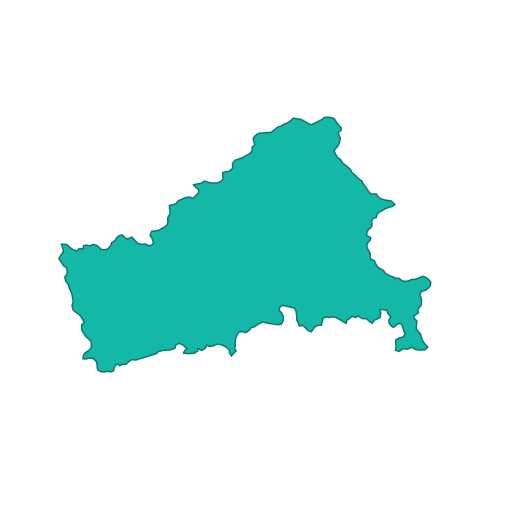 outline of Divinópolis, Minas Gerais, Brazil, rotated 106°
{"feature_id": "56859067B25101744312277", "entity_name": "Divinópolis", "entity_type": "district", "adm_level": 2, "iso_a3": "BRA", "parent_name": "Brazil", "parent_adm1": "Minas Gerais", "projection": "natural_earth1", "projection_center": [-44.923, -20.113], "detail": "fine", "context": "isolated", "style": "filled", "palette": "teal", "viewbox_px": 512, "rotation_deg": 106, "n_neighbors": 0, "source": "geoboundaries", "source_scale": "gbopen_adm2", "svg_char_len": 4899}
<svg xmlns="http://www.w3.org/2000/svg" viewBox="0 0 512 512"><g transform="rotate(106 256 256)"><path d="M319.4,233.5L317.6,231.3L317.4,227.4L317.0,223.5L316.5,219.9L316.0,216.1L314.6,213.0L310.7,212.0L308.0,212.6L305.6,213.9L303.6,215.7L301.8,218.7L298.7,219.0L296.1,217.1L295.9,212.4L295.6,208.4L295.5,204.7L298.0,202.3L302.1,200.5L306.5,199.0L309.1,196.6L311.5,194.9L309.7,192.0L311.4,188.7L313.2,185.7L313.6,181.9L311.0,181.1L308.4,180.2L305.6,177.6L304.5,174.0L300.8,174.3L297.4,174.2L295.5,172.6L295.1,169.1L293.7,166.2L293.0,162.9L293.6,159.6L294.3,156.8L295.2,153.9L295.8,150.7L292.5,151.0L290.3,148.8L287.3,147.0L287.8,143.5L285.5,141.3L286.9,136.7L285.9,132.2L287.7,129.0L288.6,125.7L284.8,124.4L283.2,122.2L280.8,119.8L276.7,120.3L274.0,122.2L272.4,119.4L272.2,115.1L275.0,113.4L277.2,109.7L280.8,110.6L283.7,109.8L285.9,107.0L286.8,104.2L284.2,102.3L281.6,100.6L281.2,97.3L284.5,95.0L288.0,92.7L290.3,91.1L293.6,92.6L295.5,96.1L298.1,98.5L301.3,97.7L304.4,96.4L308.1,96.0L308.2,92.0L304.7,89.4L303.8,84.7L300.8,81.1L301.9,76.9L301.3,72.7L299.5,67.6L296.1,65.7L294.1,69.5L291.3,72.6L288.0,75.0L285.9,76.2L284.0,78.7L282.0,81.8L279.6,82.6L276.8,82.9L273.9,83.7L272.6,86.5L270.3,87.9L267.9,85.9L265.8,84.2L263.4,85.6L260.4,84.9L257.6,83.7L253.9,84.3L250.9,85.6L248.6,87.7L244.5,87.3L242.1,83.5L239.2,81.4L236.5,80.2L233.0,80.8L231.1,83.4L229.9,86.5L229.5,90.2L231.7,92.6L234.5,96.6L235.7,99.9L237.7,102.3L239.3,105.4L239.5,109.1L238.0,112.2L238.8,115.0L238.3,119.0L237.9,123.8L236.9,127.0L234.7,129.6L233.4,135.6L230.9,138.4L227.9,140.9L227.4,144.8L224.9,146.5L222.2,146.7L220.1,148.8L217.8,151.3L214.9,152.5L211.5,151.9L209.3,150.6L206.7,150.8L205.8,155.4L202.4,155.9L199.1,155.1L197.1,153.4L194.2,152.9L190.8,154.5L187.5,153.8L185.9,150.9L182.6,151.2L180.0,149.8L177.8,147.4L174.8,144.7L172.5,141.6L170.7,138.4L168.2,136.8L165.8,141.0L166.6,146.2L166.6,151.8L165.2,155.2L163.2,157.6L164.8,162.3L163.4,164.9L161.4,167.3L159.3,169.7L157.1,172.9L154.6,174.9L153.4,178.9L150.9,183.1L149.3,186.9L146.7,189.2L144.7,193.4L142.7,198.4L139.9,201.5L138.6,205.3L135.9,207.8L133.5,210.1L130.7,209.0L127.4,207.5L123.5,207.1L119.6,207.4L116.8,209.7L114.3,210.9L111.8,208.9L109.2,209.4L107.8,212.1L106.2,214.3L104.5,216.4L102.6,218.4L102.2,221.5L103.0,225.9L104.0,228.5L106.9,230.5L109.7,233.5L112.2,236.1L114.8,239.6L114.2,242.4L113.3,246.3L112.3,250.1L112.7,253.9L113.2,258.2L115.7,259.4L117.8,261.3L119.8,262.8L121.5,265.3L124.1,267.6L126.3,270.9L129.6,273.0L133.2,275.8L134.5,280.0L135.9,283.7L137.6,287.7L141.3,290.3L144.2,291.1L146.7,289.5L149.7,287.7L152.5,289.8L156.4,288.6L159.9,290.7L162.4,293.4L164.7,295.5L167.0,298.6L169.5,302.2L172.2,303.8L175.2,303.7L177.7,302.5L179.9,303.7L181.9,305.2L183.2,308.0L184.9,310.9L187.7,310.3L191.2,308.6L194.4,310.7L196.7,314.1L198.0,318.3L198.4,321.9L198.1,326.2L201.5,329.0L202.8,332.2L204.9,335.6L206.8,332.3L208.4,329.1L211.1,328.7L213.3,329.8L215.5,331.0L217.9,332.4L217.6,336.2L219.2,339.8L221.2,342.2L224.0,345.6L227.6,347.3L229.4,349.5L231.2,353.1L234.2,352.2L237.7,350.4L241.1,350.7L243.8,351.4L246.6,350.4L250.2,349.9L253.2,351.6L255.2,353.9L257.7,356.1L259.4,359.2L260.8,363.0L265.2,363.6L268.3,360.2L271.6,358.2L274.4,359.3L275.6,361.8L275.0,365.7L276.3,368.9L276.3,373.7L274.1,377.1L272.0,380.5L273.9,382.5L275.4,385.1L274.2,387.6L272.6,390.5L274.1,392.9L276.4,394.8L279.8,395.7L283.2,398.5L286.3,398.6L289.1,399.9L291.5,402.1L292.4,406.4L291.2,408.9L289.8,411.4L289.8,416.0L292.0,418.4L292.2,421.5L293.5,424.5L296.7,424.3L297.9,428.2L300.3,429.4L300.5,433.6L298.8,437.6L297.1,441.3L298.3,446.3L300.8,444.6L302.8,443.1L305.4,442.4L309.7,444.1L313.0,444.7L316.0,440.9L318.4,438.4L319.4,435.0L322.7,433.2L325.8,432.6L328.9,434.0L332.5,432.1L335.0,428.7L338.4,426.6L341.8,423.5L344.6,421.8L346.8,420.8L350.3,419.1L354.3,419.2L358.2,417.0L359.9,413.4L360.8,410.2L362.6,407.4L365.0,404.9L367.1,402.8L370.6,404.5L374.5,403.4L376.6,401.8L378.3,399.7L380.4,397.4L381.8,394.3L383.3,391.2L385.9,389.9L389.4,389.3L391.8,389.9L394.0,391.5L396.0,393.4L399.3,394.5L402.5,393.9L401.8,390.9L400.1,388.3L399.3,384.3L401.6,380.2L404.7,378.6L407.2,377.9L409.4,376.2L409.8,373.1L409.4,369.8L407.9,367.4L407.5,363.9L405.8,361.4L402.7,361.4L399.9,361.1L397.9,359.5L399.1,357.0L397.0,354.7L395.8,351.0L393.1,349.6L390.0,347.0L388.9,342.5L387.0,339.8L384.3,335.3L381.7,331.6L379.5,328.1L377.3,324.9L374.7,323.3L372.7,320.0L370.8,315.3L369.7,312.0L367.0,308.5L363.8,308.6L361.1,305.9L361.8,301.5L364.0,296.9L366.8,298.6L369.4,298.8L368.5,294.0L366.5,288.6L363.6,286.0L361.1,286.3L361.7,282.1L358.9,279.4L355.1,278.6L355.9,275.8L354.2,272.3L352.0,269.9L350.8,266.8L351.1,262.8L352.2,258.5L354.0,255.5L356.4,254.8L358.8,252.1L356.5,251.0L352.8,249.0L350.2,251.3L347.6,251.3L343.7,252.6L340.1,252.8L337.1,252.3L333.8,251.6L332.4,248.4L332.5,244.5L329.0,241.9L326.2,240.8L324.4,237.9L322.1,236.1L319.4,233.5Z" fill="#14b8a6" stroke="#0f766e" stroke-width="1.5"/></g></svg>